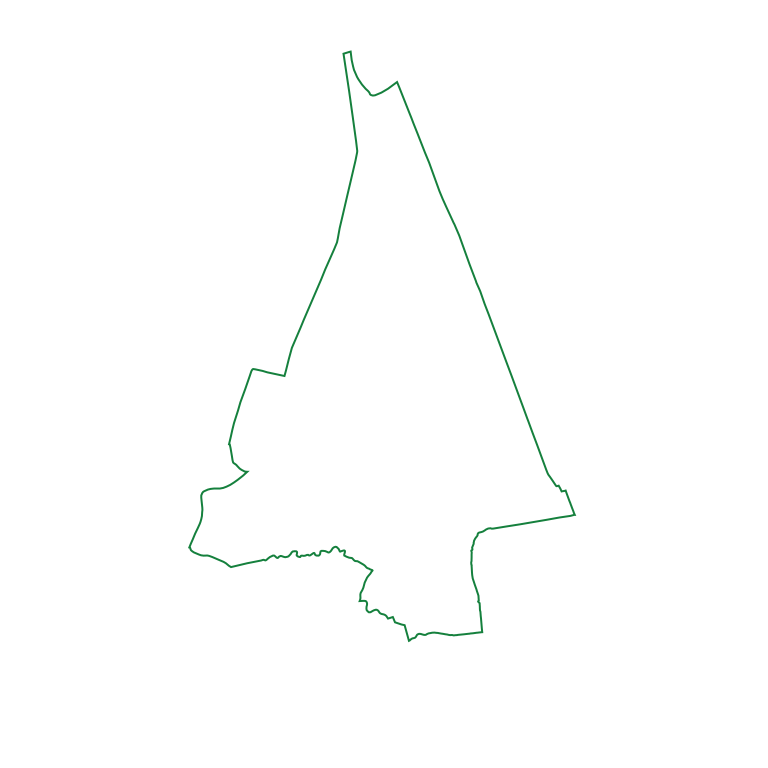 Thoi Binh, Cà Mau, Vietnam, rotated 37°
{"feature_id": "81297802B72962934651760", "entity_name": "Thoi Binh", "entity_type": "district", "adm_level": 2, "iso_a3": "VNM", "parent_name": "Vietnam", "parent_adm1": "Cà Mau", "projection": "mercator", "projection_center": [105.181, 9.38], "detail": "fine", "context": "isolated", "style": "outline", "palette": "green", "viewbox_px": 768, "rotation_deg": 37, "n_neighbors": 0, "source": "geoboundaries", "source_scale": "gbopen_adm2", "svg_char_len": 6129}
<svg xmlns="http://www.w3.org/2000/svg" viewBox="0 0 768 768"><g transform="rotate(37 384 384)"><path d="M152.9,144.6L180.1,171.3L193.4,184.6L197.6,188.8L215.4,206.7L222.4,214.0L223.2,215.3L226.8,222.8L234.1,239.3L241.4,255.9L248.9,272.8L254.8,286.2L259.6,295.7L261.2,299.1L261.4,299.8L263.1,306.4L265.6,317.1L268.1,327.9L271.0,338.7L281.4,381.4L283.4,389.0L288.7,410.6L293.0,421.4L297.5,432.0L299.7,437.5L283.8,444.9L279.2,446.6L272.3,449.8L270.5,450.8L270.2,451.4L270.2,452.4L270.4,453.7L272.0,458.5L276.3,471.8L280.3,485.0L283.4,493.1L287.7,505.4L290.6,512.2L293.4,518.3L296.5,525.4L297.2,525.1L300.1,527.6L305.7,532.9L309.0,536.1L310.5,537.3L310.9,537.5L311.4,537.6L312.0,537.6L313.3,537.5L314.7,537.5L316.6,537.9L319.6,538.4L322.0,538.3L325.4,537.7L326.9,536.9L327.6,536.4L326.6,541.9L324.8,548.7L323.4,553.1L321.9,557.1L320.0,560.8L318.1,563.8L315.8,566.3L313.1,568.3L310.8,570.1L308.6,572.2L306.9,574.3L304.9,577.9L304.5,578.9L304.5,579.9L304.5,580.7L304.8,581.6L305.1,582.9L306.5,584.8L310.6,589.2L313.4,592.2L314.8,593.9L315.8,595.6L318.1,599.1L319.4,601.9L320.4,604.5L321.0,606.5L322.0,611.0L323.2,617.1L324.7,622.9L325.9,628.0L326.9,631.7L327.6,631.4L329.3,632.6L329.9,632.9L331.4,633.0L333.5,632.9L335.9,632.3L338.7,631.6L341.0,630.9L343.3,629.6L346.1,627.3L347.8,626.5L351.1,625.5L358.1,623.8L362.9,622.6L365.6,622.3L369.6,622.5L371.7,622.3L372.0,622.3L382.6,609.5L392.2,598.8L392.9,597.7L393.5,597.0L394.0,596.7L394.9,596.5L395.6,596.1L396.0,595.2L396.4,593.1L397.0,590.9L398.6,587.8L399.6,587.1L400.6,587.1L402.5,587.3L403.4,587.2L403.9,586.7L404.1,585.1L404.8,583.7L405.7,583.1L407.9,582.4L409.3,581.8L410.7,580.3L411.4,579.2L411.6,578.0L411.8,575.8L411.6,574.2L411.9,572.7L413.3,571.3L414.7,570.4L415.4,570.4L416.0,570.9L416.7,572.1L417.1,573.1L417.6,573.5L418.9,573.6L420.7,573.0L421.2,572.5L421.1,571.2L421.7,570.5L423.4,569.5L424.4,568.5L425.4,566.8L426.3,566.1L427.1,566.1L427.7,565.8L428.2,565.2L429.4,561.5L429.9,561.0L430.4,561.0L431.5,561.7L432.3,561.9L433.6,561.5L435.1,560.4L435.4,559.5L435.3,558.3L434.5,556.8L434.1,555.9L434.4,555.0L435.8,553.9L437.5,552.9L439.2,552.4L440.8,552.1L441.4,551.7L441.9,550.6L442.1,549.2L441.9,546.1L442.2,544.8L443.1,543.3L444.2,542.7L445.1,542.8L447.0,543.0L449.5,544.3L449.9,544.2L450.6,543.1L451.6,541.7L452.1,541.1L452.6,540.8L453.1,540.8L453.5,541.1L453.9,541.7L454.9,544.2L455.5,544.9L457.9,544.5L460.7,543.7L462.9,542.4L463.6,542.3L466.1,542.8L467.3,542.8L468.3,542.3L469.4,541.5L471.3,541.2L476.4,540.6L478.0,540.6L479.1,540.8L480.0,541.0L480.8,541.1L481.7,541.0L483.3,540.5L484.4,540.4L486.7,539.7L487.1,539.9L487.1,540.6L487.0,541.5L487.2,543.2L487.2,544.1L487.0,546.5L487.0,548.8L488.1,554.2L490.1,559.1L490.7,561.6L491.1,564.8L491.7,566.2L492.6,567.4L494.0,569.1L494.8,570.7L495.2,572.0L497.9,569.7L499.0,568.9L500.0,568.4L500.8,568.4L501.7,568.8L502.5,569.4L503.3,570.5L504.1,572.4L505.1,573.9L506.1,574.9L506.9,575.2L508.4,575.4L509.3,575.4L510.0,574.9L510.6,574.3L511.1,573.1L511.6,571.9L512.2,570.7L513.3,569.2L514.1,568.7L515.2,568.5L516.1,568.6L517.2,569.0L518.1,569.3L518.8,569.4L519.7,569.3L520.7,569.0L522.4,568.2L523.5,567.9L524.4,567.8L525.5,567.9L528.4,568.9L531.3,564.8L532.7,565.6L536.2,567.7L542.8,565.5L545.6,564.2L558.5,574.1L558.6,573.9L558.7,573.7L558.9,573.3L559.0,572.6L559.1,572.1L559.2,571.5L559.4,571.1L559.5,570.7L559.8,570.1L560.1,569.7L560.6,569.2L561.1,568.5L561.4,568.1L561.5,567.7L561.6,567.1L561.6,566.5L561.4,565.0L561.4,564.4L561.5,563.8L561.7,563.5L562.0,563.0L562.3,562.5L562.7,562.2L563.3,561.8L563.8,561.5L564.3,561.3L565.2,561.0L566.9,560.3L567.5,559.9L568.2,559.3L568.5,558.8L568.8,557.9L569.6,556.5L570.0,556.0L570.6,555.4L571.5,554.4L572.0,553.8L572.9,553.0L573.4,552.6L573.9,552.2L574.4,551.9L575.8,551.1L576.8,550.4L577.3,550.2L578.3,549.7L578.9,549.4L579.7,549.0L581.5,548.0L583.7,546.9L585.3,546.0L586.3,545.6L586.9,545.3L587.5,545.0L588.0,544.7L588.7,544.1L589.4,543.5L590.1,543.2L590.6,543.0L591.1,542.7L592.0,541.8L592.8,541.1L593.4,540.6L594.0,539.9L597.7,536.5L599.0,535.3L601.5,532.9L602.4,532.1L603.2,531.2L604.0,530.5L605.0,529.6L607.6,527.0L608.5,526.2L609.3,525.4L610.3,524.5L611.0,523.8L611.8,523.1L609.3,520.4L606.0,516.7L602.7,513.0L601.0,511.2L598.0,507.8L597.0,507.1L596.1,506.1L594.5,504.1L592.6,501.9L592.3,501.5L590.9,501.3L590.3,501.2L590.1,501.1L590.0,500.8L590.0,500.5L590.1,500.1L590.0,499.9L586.8,496.2L585.4,495.2L582.6,493.3L581.6,492.5L577.2,489.6L574.8,487.9L571.9,485.9L569.5,483.6L567.8,481.7L564.1,477.3L563.2,476.3L563.0,476.0L563.0,475.9L562.8,475.8L562.4,475.6L562.0,475.2L561.1,474.1L560.8,473.6L560.5,472.8L560.0,472.1L559.4,471.3L558.5,470.0L556.4,467.2L555.7,466.1L555.1,465.4L554.6,465.1L554.1,464.7L554.0,464.4L554.0,464.2L554.2,463.8L554.3,463.5L554.3,463.3L554.2,463.0L554.1,462.8L553.7,462.4L553.0,461.8L552.8,461.5L551.8,457.7L551.4,457.1L551.1,456.8L550.9,456.2L550.3,455.1L549.9,453.0L549.8,451.6L549.9,449.5L549.8,448.6L549.2,447.6L549.0,446.6L549.1,446.1L549.4,445.4L550.9,443.6L551.8,442.3L552.7,440.0L553.1,438.7L554.2,436.7L555.9,435.1L557.1,434.7L558.2,433.8L567.7,423.9L577.1,414.2L595.6,394.6L604.5,385.0L612.2,377.2L614.7,374.0L615.1,373.7L613.1,372.6L612.6,372.2L611.2,371.3L608.6,369.7L606.6,368.4L606.1,368.1L605.3,367.6L604.6,367.1L602.4,365.8L595.6,361.4L593.2,359.8L592.4,360.9L591.8,361.5L591.2,362.1L590.5,362.9L587.7,361.4L584.7,360.1L583.5,361.6L583.2,361.8L582.8,361.8L581.0,361.2L577.3,359.9L572.5,358.3L569.8,357.5L568.2,356.7L565.1,354.8L543.1,340.6L531.9,333.5L520.9,326.4L520.2,326.0L511.4,320.3L509.7,319.2L501.3,313.8L490.9,307.1L480.5,300.4L469.0,293.1L425.7,265.4L416.2,259.5L405.0,252.0L396.7,247.4L395.8,246.7L380.4,237.0L354.8,220.2L344.3,214.2L342.0,213.1L341.7,212.9L326.8,204.9L319.5,200.9L312.2,196.6L286.9,180.1L277.4,174.5L260.2,163.9L250.8,158.2L245.4,154.8L241.9,152.7L233.7,147.7L217.5,137.8L212.7,135.0L209.5,145.8L206.6,152.8L203.4,158.3L203.1,158.8L202.1,159.8L201.4,160.4L199.8,161.0L199.2,161.1L198.3,160.9L197.5,160.4L196.7,160.0L194.9,159.6L191.7,159.3L186.2,158.1L180.3,156.1L177.7,155.0L171.0,151.2L168.1,148.9L163.3,144.8L157.3,138.6L156.5,139.6L152.9,144.6Z" fill="none" stroke="#15803d" stroke-width="2"/></g></svg>